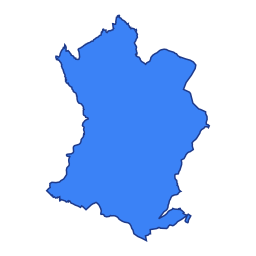 Nimigea, Bistrita-Nasaud, Romania
{"feature_id": "2599482B55798820459251", "entity_name": "Nimigea", "entity_type": "district", "adm_level": 2, "iso_a3": "ROU", "parent_name": "Romania", "parent_adm1": "Bistrita-Nasaud", "projection": "orthographic", "projection_center": [24.308, 47.25], "detail": "fine", "context": "isolated", "style": "filled", "palette": "blue", "viewbox_px": 256, "rotation_deg": 0, "n_neighbors": 0, "source": "geoboundaries", "source_scale": "gbopen_adm2", "svg_char_len": 5683}
<svg xmlns="http://www.w3.org/2000/svg" viewBox="0 0 256 256"><path d="M207.1,119.7L207.0,116.5L205.6,113.6L205.6,111.8L200.6,109.5L198.7,108.9L192.9,103.1L190.5,93.6L189.5,92.2L183.5,89.4L186.1,82.5L191.4,75.2L195.2,68.5L195.8,65.0L193.4,62.0L190.2,60.2L185.6,58.9L180.5,57.1L180.3,57.5L179.8,57.3L179.8,56.9L177.9,55.8L176.5,53.8L174.8,53.2L174.3,52.6L173.6,52.2L168.4,50.6L166.4,49.5L164.1,49.2L161.2,49.8L159.7,50.5L156.8,52.9L155.2,53.6L152.8,55.2L151.0,57.4L150.5,59.5L149.7,61.3L146.8,62.8L145.6,64.3L144.2,63.1L141.4,61.4L140.2,59.5L140.1,58.7L139.6,58.0L138.9,57.1L137.8,56.9L136.3,56.1L135.8,54.9L136.4,55.0L136.2,53.7L137.0,53.8L137.0,52.7L136.5,51.6L136.5,50.8L136.0,49.3L136.5,47.4L136.3,46.2L135.8,46.0L135.6,45.3L134.5,43.3L134.4,42.8L135.8,40.6L136.1,39.4L137.4,37.3L137.0,35.3L137.4,34.6L137.4,34.3L136.5,32.9L136.4,32.4L135.7,31.6L136.5,30.9L136.3,29.5L135.0,29.9L134.7,29.9L134.4,29.0L134.1,28.8L132.4,28.3L130.9,28.7L130.7,27.3L129.6,27.4L129.3,26.2L128.3,24.9L128.1,24.2L128.2,23.6L127.0,24.1L126.3,22.9L125.1,22.0L125.3,21.7L123.7,20.5L122.3,19.9L120.7,18.0L120.0,17.9L119.0,17.1L119.5,15.9L119.3,15.4L118.2,15.5L117.5,15.9L117.4,16.3L117.6,16.6L117.2,17.2L116.5,17.3L115.8,21.6L116.0,22.5L115.5,23.6L115.5,24.2L114.3,24.3L113.7,23.8L112.7,23.7L112.9,25.0L113.1,27.3L113.4,27.6L113.3,28.3L113.6,28.5L113.0,29.1L112.9,29.8L111.3,30.2L110.8,30.7L109.4,30.7L108.2,31.0L108.1,31.5L107.4,32.0L107.0,32.6L106.1,32.0L105.9,31.4L106.0,30.1L103.9,30.2L103.6,29.8L103.5,29.2L102.8,29.4L102.6,31.0L102.1,32.1L101.8,31.8L101.4,32.2L101.1,35.0L99.5,35.6L98.2,37.0L96.2,37.9L95.1,38.9L93.7,39.7L92.9,41.2L91.6,41.2L89.8,42.5L88.0,43.0L87.7,43.4L87.2,43.4L86.5,44.1L85.4,44.3L85.2,44.8L83.9,45.5L82.6,46.7L81.2,47.4L80.7,48.0L79.1,48.5L78.2,49.3L78.3,50.2L79.0,51.8L79.2,53.1L79.6,57.0L78.9,59.2L78.0,59.5L75.8,59.2L75.7,58.1L74.2,58.0L74.0,57.1L73.3,56.1L71.2,55.2L71.1,54.3L70.4,53.6L69.0,51.5L68.1,51.1L68.1,50.7L66.2,51.1L66.0,49.9L66.1,47.2L65.5,45.7L64.8,44.8L64.6,46.9L64.3,48.0L63.4,47.5L62.7,49.4L61.9,50.0L61.3,51.1L60.3,53.4L59.8,55.7L58.8,57.1L58.1,56.9L57.2,56.3L56.0,56.2L55.8,57.1L56.5,59.4L57.4,58.8L57.7,58.8L57.9,60.0L59.1,60.3L60.2,62.0L60.9,62.6L61.3,64.0L61.7,64.4L61.5,66.4L61.9,67.0L62.3,68.4L63.3,69.9L63.2,70.8L63.5,71.0L64.0,73.1L64.3,73.3L65.0,74.9L65.1,75.6L64.8,76.2L65.3,77.3L65.9,77.9L65.5,78.7L65.5,79.3L66.2,79.5L66.5,79.9L66.4,80.3L65.6,80.6L65.5,81.0L65.9,81.5L66.4,82.8L66.9,83.1L68.3,83.2L68.4,83.6L68.1,84.0L68.8,84.7L69.2,85.5L70.7,86.7L71.8,87.2L72.0,89.0L73.2,90.4L73.2,91.2L73.7,91.5L74.1,92.2L75.5,92.8L76.0,93.3L76.6,95.2L76.6,96.0L77.0,96.2L77.1,99.1L77.6,101.3L78.7,103.0L81.5,104.0L82.4,105.5L82.7,105.6L83.3,106.8L83.5,107.9L83.3,108.3L83.4,108.7L84.0,109.5L83.5,109.8L83.3,110.3L83.4,114.5L83.8,115.2L85.1,115.9L85.7,117.0L85.7,117.3L87.5,117.7L88.1,118.2L88.2,119.0L85.8,120.0L84.9,120.7L83.0,123.0L82.4,125.4L82.7,126.0L83.7,126.7L84.1,127.5L83.6,129.1L83.7,130.1L84.3,131.6L84.3,134.2L83.7,134.0L83.4,136.7L81.2,139.5L81.0,141.4L80.4,143.0L79.4,144.1L78.5,144.5L74.4,145.7L73.5,146.8L73.3,147.9L73.6,151.6L73.1,152.7L71.3,153.8L67.6,154.2L66.9,154.4L66.5,154.9L66.7,155.8L67.7,156.3L69.1,156.5L69.4,156.3L69.8,156.5L68.9,159.0L68.7,160.1L68.9,162.1L69.3,163.5L69.2,165.0L69.0,165.6L67.0,167.6L66.5,169.3L66.4,170.6L66.6,171.7L66.6,174.6L63.7,179.0L60.9,180.6L59.5,182.0L56.0,182.6L51.9,182.3L49.9,183.5L50.0,184.9L49.8,185.6L50.2,187.5L48.7,188.5L46.7,190.7L50.4,194.3L51.5,195.6L52.0,195.0L52.4,195.3L52.6,195.6L52.4,195.8L53.3,197.3L54.4,196.9L55.8,198.1L57.3,197.3L57.5,197.8L59.7,196.7L59.8,197.8L59.6,199.3L59.8,200.8L60.5,200.5L60.1,199.2L65.3,201.0L65.8,201.7L66.6,202.0L68.2,200.9L68.4,201.9L69.7,201.0L71.1,203.1L72.8,203.7L75.3,205.1L77.9,206.0L80.5,207.4L81.6,205.9L83.1,206.9L86.0,209.7L91.1,205.0L93.3,203.5L93.9,203.5L96.0,202.4L96.2,202.7L97.3,203.2L99.1,205.2L100.7,208.6L101.3,210.8L100.8,213.7L101.0,214.3L102.7,214.3L103.7,214.7L104.6,216.2L106.5,216.8L109.4,216.4L110.6,215.5L111.2,215.8L113.7,215.7L115.2,215.9L117.3,217.0L118.0,217.6L119.2,219.3L122.2,221.2L124.7,222.2L128.1,222.8L129.6,223.7L130.9,225.7L131.8,228.4L133.0,230.1L133.9,233.7L137.9,236.5L141.6,238.1L146.4,240.6L145.5,235.9L148.3,235.0L149.4,233.8L150.5,233.8L150.2,229.6L156.5,228.6L158.3,227.9L158.3,227.6L158.9,227.5L159.8,227.6L160.2,228.2L166.6,228.5L167.8,227.6L168.4,226.3L169.0,225.6L169.9,225.2L170.0,224.9L172.7,225.7L173.6,225.4L176.0,223.5L177.5,221.7L181.7,219.3L187.2,215.4L185.1,220.9L185.7,221.8L187.5,222.7L187.9,222.6L188.2,222.0L188.5,220.1L190.8,215.9L188.2,214.2L187.3,215.2L185.2,214.6L183.2,213.4L184.0,212.5L181.7,210.4L180.4,209.6L180.3,208.6L180.0,208.3L179.8,208.4L179.7,209.0L178.8,208.8L178.8,209.4L174.7,209.1L172.8,208.4L172.5,209.2L169.4,210.7L168.4,211.4L166.7,213.7L164.5,215.5L158.7,218.7L164.1,211.6L166.0,210.4L167.2,209.1L167.9,207.4L168.2,204.9L168.8,203.6L169.4,200.8L170.5,198.9L170.8,197.8L171.6,196.6L172.4,195.7L173.5,195.5L174.2,195.0L176.8,194.6L177.8,194.2L178.1,193.5L179.8,191.7L180.8,191.4L179.5,190.3L178.9,189.2L178.2,186.4L177.8,185.7L177.1,185.2L177.5,184.4L177.5,183.9L176.9,182.8L176.8,180.8L176.5,180.1L175.9,179.8L175.0,178.4L174.8,176.0L175.0,174.7L175.3,174.3L176.1,174.1L178.2,173.9L178.4,173.6L178.9,171.6L179.9,170.1L181.6,164.6L181.7,162.3L181.3,160.9L181.4,159.9L184.0,158.6L185.5,155.9L185.9,154.8L187.5,152.9L188.7,152.1L190.1,151.7L193.3,149.5L193.3,149.2L192.9,148.4L192.3,146.1L192.4,143.9L192.0,143.1L192.1,142.8L193.4,141.2L195.7,139.4L196.8,138.0L199.8,133.2L200.3,131.4L201.6,129.6L203.9,128.2L205.1,126.7L207.6,126.8L208.4,127.7L209.3,125.8L208.0,124.7L206.4,124.3L206.2,122.5L206.7,120.5L207.1,119.7Z" fill="#3b82f6" stroke="#1e3a8a" stroke-width="1.5"/></svg>